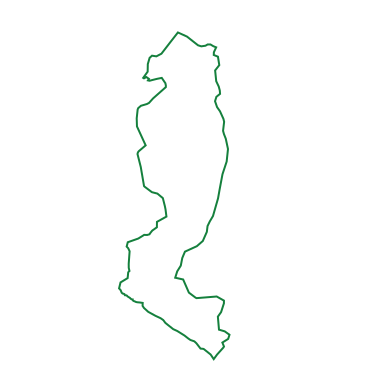 Numan, Adamawa, Nigeria (Robinson projection), rotated 116°
{"feature_id": "59680162B26521045145337", "entity_name": "Numan", "entity_type": "district", "adm_level": 2, "iso_a3": "NGA", "parent_name": "Nigeria", "parent_adm1": "Adamawa", "projection": "robinson", "projection_center": [11.846, 9.467], "detail": "fine", "context": "isolated", "style": "outline", "palette": "green", "viewbox_px": 384, "rotation_deg": 116, "n_neighbors": 0, "source": "geoboundaries", "source_scale": "gbopen_adm2", "svg_char_len": 2174}
<svg xmlns="http://www.w3.org/2000/svg" viewBox="0 0 384 384"><g transform="rotate(116 192 192)"><path d="M110.8,285.9L110.9,285.0L108.7,283.4L109.2,280.3L111.0,280.5L110.6,278.9L108.7,276.7L105.6,273.0L102.7,269.2L105.9,263.6L107.7,262.2L109.2,261.5L124.9,268.0L130.8,269.7L132.7,271.1L136.9,275.7L140.2,277.1L141.7,277.0L150.0,274.0L157.2,270.2L170.4,254.1L178.4,257.6L179.4,257.9L180.6,257.9L181.8,257.6L192.0,249.0L207.7,237.7L208.0,236.9L209.7,228.2L209.7,227.8L208.6,222.4L210.3,215.5L216.6,210.2L219.2,208.2L225.3,204.2L234.2,210.4L239.1,208.1L244.1,210.8L246.7,211.4L248.7,211.7L250.3,213.5L251.5,216.2L253.3,217.3L257.4,219.9L265.3,227.7L269.7,226.8L270.5,224.7L272.6,222.1L284.3,217.4L287.9,215.6L290.4,213.6L291.0,213.9L292.2,214.1L297.6,212.1L304.6,216.6L310.6,215.3L311.5,213.1L313.3,211.1L313.7,209.9L313.5,209.3L313.4,208.0L313.8,207.6L314.2,207.0L313.7,205.9L313.7,205.0L314.1,204.2L314.4,201.3L314.6,200.9L314.8,200.2L314.9,199.4L314.9,198.8L314.6,198.2L315.0,198.0L315.2,197.8L315.5,197.1L315.5,196.2L315.4,195.2L315.4,194.0L315.0,192.6L314.2,190.5L313.3,187.7L316.0,186.5L317.3,184.3L318.9,178.8L319.3,170.6L319.2,164.9L319.7,161.7L321.3,158.6L322.0,155.6L323.5,148.8L323.4,144.3L324.3,135.8L325.3,131.2L325.7,128.5L325.2,124.4L326.0,121.8L329.0,115.7L328.1,113.3L328.0,112.6L329.9,104.0L332.7,99.2L327.1,98.2L318.0,95.6L316.9,95.5L314.0,98.7L308.2,95.1L303.9,95.7L302.9,101.5L303.9,107.4L292.7,114.1L287.2,113.2L278.1,114.5L275.6,115.7L275.1,124.0L280.2,132.6L285.4,141.4L285.4,142.5L283.8,150.7L274.5,161.6L276.4,169.5L269.8,170.5L263.1,169.8L255.6,171.8L248.7,172.2L238.6,163.9L231.3,160.8L221.3,161.2L215.8,163.1L210.6,163.1L204.4,162.6L186.3,165.8L177.2,168.4L162.6,172.4L149.4,174.2L137.6,178.5L129.3,185.0L125.9,188.7L123.4,190.9L114.8,193.9L112.5,195.8L107.2,202.2L104.7,206.7L100.3,211.1L95.7,211.8L91.5,209.8L88.6,211.5L85.5,214.2L81.8,218.8L72.6,224.5L66.0,223.1L59.0,228.0L59.3,232.5L56.8,233.6L51.4,233.7L51.6,236.8L51.3,240.1L52.5,242.6L54.6,244.0L57.0,247.5L57.5,250.9L54.5,264.7L54.8,274.6L66.1,277.0L81.1,280.1L85.7,283.5L87.0,287.7L90.0,288.9L96.4,287.8L103.3,284.6L110.8,285.9Z" fill="none" stroke="#15803d" stroke-width="2"/></g></svg>